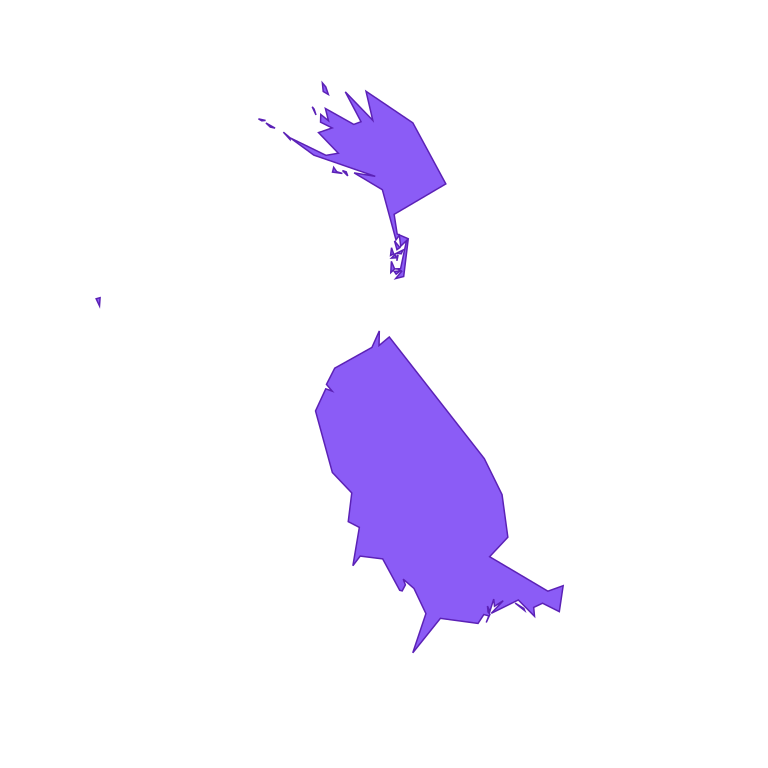 an SVG outline of United States of America, rotated 53°
{"feature_id": "USA", "entity_name": "United States of America", "entity_type": "country or territory", "adm_level": 0, "iso_a3": "USA", "parent_name": "North America", "parent_adm1": "", "projection": "robinson", "projection_center": [-126.716, 45.186], "detail": "medium", "context": "isolated", "style": "filled", "palette": "violet", "viewbox_px": 768, "rotation_deg": 53, "n_neighbors": 0, "source": "natural_earth", "source_scale": "50m", "svg_char_len": 1986}
<svg xmlns="http://www.w3.org/2000/svg" viewBox="0 0 768 768"><g transform="rotate(53 384 384)"><path d="M585.5,403.6L648.1,377.8L652.9,362.3L671.3,381.0L654.5,389.3L652.5,398.9L660.1,403.6L637.3,406.7L631.7,436.3L628.8,419.2L628.0,429.5L621.8,425.8L629.8,437.0L629.1,437.4L627.4,435.8L623.6,435.0L628.7,438.1L631.7,438.0L636.0,445.9L632.3,439.8L628.2,443.0L631.8,453.0L605.1,480.0L616.0,522.8L592.6,488.7L565.3,483.1L551.4,486.1L557.3,487.8L560.2,494.0L558.2,495.6L522.9,490.3L507.1,506.6L510.4,518.2L483.7,490.0L472.4,495.4L451.6,475.3L423.6,478.5L364.3,454.9L352.8,433.4L358.5,429.7L349.7,430.2L341.7,413.8L347.5,371.6L338.8,355.8L350.3,364.8L349.6,351.5L504.0,348.8L543.4,356.3L580.9,377.3L585.5,403.6ZM310.0,303.6L306.8,311.2L304.7,302.2L300.6,303.7L298.8,305.7L301.9,301.4L283.0,279.7L284.0,287.7L274.5,282.3L276.1,287.7L227.9,268.4L197.4,280.8L212.9,266.0L159.0,302.3L131.2,310.7L166.5,292.7L172.2,281.6L143.8,285.0L148.3,271.3L136.7,277.1L130.7,272.3L140.3,269.9L128.7,265.0L158.5,251.9L160.7,244.5L127.4,239.1L166.7,234.3L139.4,222.2L192.8,203.8L261.4,214.2L254.6,273.8L272.1,283.2L282.6,277.2L310.0,303.6ZM190.8,290.5L183.8,297.6L180.7,293.8L186.0,294.0L190.8,290.5ZM290.5,304.3L298.5,306.3L299.1,311.5L290.5,304.3ZM150.4,564.2L142.7,562.6L144.2,558.8L150.4,564.2ZM106.4,252.0L111.7,251.7L119.3,254.2L113.8,256.5L106.4,252.0ZM276.1,289.5L284.6,289.2L284.5,292.8L276.1,289.5ZM122.4,274.4L128.2,276.4L119.4,274.5L122.4,274.4ZM279.7,296.0L285.9,298.0L285.3,301.4L279.7,296.0ZM287.0,295.7L288.4,288.3L290.4,291.8L287.0,295.7ZM122.3,312.8L130.9,310.9L132.2,311.9L122.3,312.8ZM303.4,303.1L303.6,308.2L300.3,308.1L303.4,303.1ZM647.4,407.4L649.7,408.0L637.9,411.1L647.4,407.4ZM289.9,295.6L293.4,299.6L289.3,296.0L289.9,295.6ZM104.5,321.2L114.1,317.0L110.4,320.2L104.5,321.2ZM191.8,286.5L196.0,287.7L188.6,288.7L191.8,286.5ZM287.2,297.2L290.5,298.4L287.9,302.3L287.2,297.2ZM102.2,320.0L100.3,323.2L96.7,324.7L102.2,320.0Z" fill="#8b5cf6" stroke="#5b21b6" stroke-width="1.5"/></g></svg>